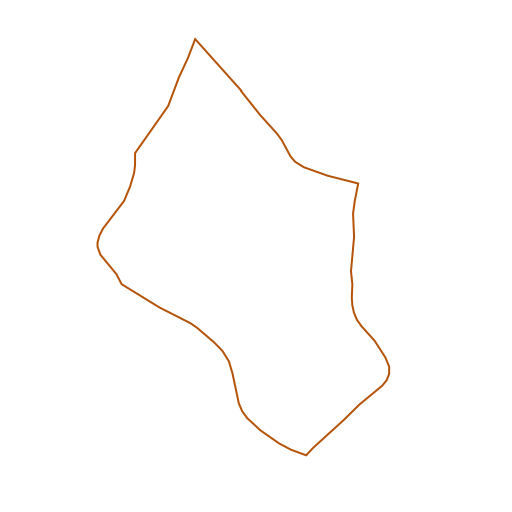 SVG path tracing the border of Ulaanbaatar, rotated 37°
{"feature_id": "MNG-3331", "entity_name": "Ulaanbaatar", "entity_type": "Municipality", "adm_level": 1, "iso_a3": "MNG", "parent_name": "Mongolia", "parent_adm1": "", "projection": "albers", "projection_center": [106.992, 47.946], "detail": "fine", "context": "isolated", "style": "outline", "palette": "amber", "viewbox_px": 512, "rotation_deg": 37, "n_neighbors": 0, "source": "natural_earth", "source_scale": "10m", "svg_char_len": 879}
<svg xmlns="http://www.w3.org/2000/svg" viewBox="0 0 512 512"><g transform="rotate(37 256 256)"><path d="M76.9,119.4L145.4,132.9L143.9,133.0L174.4,140.9L199.0,145.6L206.7,147.9L223.4,155.6L230.3,157.2L240.9,156.3L265.1,148.7L294.0,136.6L301.7,152.5L307.9,163.6L322.9,181.8L341.1,211.1L349.9,220.5L357.6,231.6L362.5,237.3L368.3,242.3L375.0,246.2L382.5,248.6L401.7,252.3L420.4,259.2L428.9,264.2L433.3,270.0L435.1,276.6L434.9,283.4L428.0,312.3L424.9,333.4L417.1,374.7L416.0,385.0L400.8,389.6L387.0,391.8L364.5,392.6L346.8,390.8L338.4,388.3L330.9,384.0L308.1,364.1L297.7,356.4L286.3,352.0L274.6,350.2L251.8,348.8L244.4,349.1L209.9,355.2L165.7,359.4L155.4,354.5L130.9,348.6L123.9,344.0L121.5,340.9L118.6,333.8L117.3,325.9L117.5,291.5L113.7,276.5L108.7,263.1L104.7,256.2L97.5,246.6L95.6,189.1L86.9,159.6L82.5,138.9L76.9,119.4Z" fill="none" stroke="#b45309" stroke-width="2"/></g></svg>